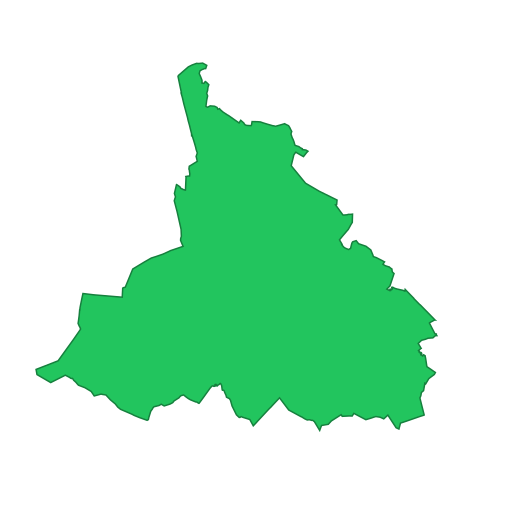 Mālpils pag., Malpils, Latvia, rotated 10°
{"feature_id": "27541924B96733922651524", "entity_name": "Mālpils pag.", "entity_type": "district", "adm_level": 2, "iso_a3": "LVA", "parent_name": "Latvia", "parent_adm1": "Malpils", "projection": "mercator", "projection_center": [24.972, 57.014], "detail": "fine", "context": "isolated", "style": "filled", "palette": "green", "viewbox_px": 512, "rotation_deg": 10, "n_neighbors": 0, "source": "geoboundaries", "source_scale": "gbopen_adm2", "svg_char_len": 5914}
<svg xmlns="http://www.w3.org/2000/svg" viewBox="0 0 512 512"><g transform="rotate(10 256 256)"><path d="M449.2,383.5L449.2,383.3L444.7,373.3L442.0,367.2L442.3,366.4L442.6,365.0L442.6,363.1L442.6,362.0L442.6,361.9L442.6,361.7L444.4,359.5L444.4,352.0L445.3,352.5L447.5,346.7L452.2,341.7L452.9,339.6L448.0,337.3L443.5,335.3L440.8,327.3L439.8,324.8L438.8,324.9L438.4,324.9L438.7,324.4L438.6,324.2L438.3,324.1L438.0,324.4L437.9,324.5L437.3,324.9L437.5,325.3L437.3,325.5L437.1,325.0L435.8,324.9L435.4,324.7L435.2,323.9L435.2,323.3L435.3,323.2L435.6,323.1L436.1,323.5L436.1,323.1L435.9,322.9L435.6,322.5L435.4,322.4L435.1,322.5L434.8,322.3L434.6,322.5L434.7,322.9L434.5,323.0L433.8,322.3L433.4,322.3L433.3,321.5L433.2,321.3L432.5,321.1L432.4,321.0L434.4,318.5L434.7,318.3L430.9,313.9L433.6,310.4L433.8,310.2L437.3,308.6L439.7,307.1L444.4,305.9L446.5,303.3L447.9,303.0L447.2,302.2L447.1,301.5L445.7,301.5L438.4,291.9L438.4,291.7L443.2,287.9L443.4,287.9L426.2,275.6L425.8,275.5L425.5,275.3L418.8,270.5L418.8,270.3L408.7,263.0L408.7,264.7L407.0,264.4L406.8,264.3L400.3,264.0L398.1,263.7L396.0,263.0L395.1,263.3L395.2,263.5L395.2,263.8L395.5,264.4L395.7,264.0L395.8,264.0L395.9,264.6L395.7,264.8L395.8,265.2L395.7,265.4L394.7,266.1L394.1,265.3L393.8,265.3L393.7,265.5L393.6,266.1L393.7,266.3L394.1,266.8L393.8,266.9L390.6,265.9L393.1,262.2L395.0,249.3L393.2,248.2L392.3,246.2L392.2,245.3L389.4,243.9L389.3,243.7L384.9,243.1L382.5,242.1L383.2,240.2L383.6,239.5L380.7,238.5L374.8,236.7L371.7,236.2L370.8,234.5L368.0,230.1L362.6,227.3L354.9,226.1L352.0,223.5L348.9,225.1L348.4,225.9L348.1,227.5L347.8,232.1L346.8,232.9L346.2,233.5L345.9,233.5L342.7,232.8L341.0,232.1L338.5,230.0L338.8,229.6L335.4,225.6L337.8,221.3L342.3,213.7L344.1,208.4L345.0,206.2L343.8,198.0L342.1,198.5L339.6,199.0L338.5,199.6L335.4,200.4L334.5,200.5L325.4,191.8L326.5,191.3L326.1,186.8L307.2,181.3L292.1,175.7L275.0,161.0L275.7,149.8L277.1,146.9L277.6,147.0L277.8,147.0L278.0,147.2L285.5,149.9L287.9,145.4L289.0,143.8L286.8,143.0L285.7,143.0L283.1,143.2L283.0,142.3L280.9,141.7L279.2,140.8L276.1,140.4L275.1,140.1L273.5,136.8L272.3,134.8L271.1,133.2L269.4,130.1L269.3,129.8L269.3,129.2L269.4,128.2L269.6,127.2L268.1,125.3L267.0,123.7L265.4,122.0L261.5,120.9L261.3,120.7L256.0,123.3L252.6,124.9L251.1,124.7L250.0,124.8L244.3,124.2L239.5,123.6L237.1,123.2L233.9,123.5L228.8,124.3L228.8,127.5L228.5,128.5L224.2,129.0L222.6,128.8L221.3,127.7L220.9,127.1L220.5,126.9L217.4,125.0L216.2,127.9L204.5,122.4L203.2,122.0L198.4,119.9L194.7,117.6L194.5,117.2L192.9,118.1L191.9,116.5L189.6,115.8L189.1,115.7L184.8,116.1L182.5,117.9L180.7,117.4L180.4,111.0L180.5,108.0L180.6,106.8L179.2,104.4L179.5,102.0L179.6,101.3L179.4,98.2L179.8,95.5L177.1,93.6L175.8,93.0L175.3,93.7L174.9,94.9L174.7,95.1L172.7,95.0L172.7,94.3L172.3,92.3L170.3,89.0L168.4,86.2L168.6,83.5L170.3,81.9L171.7,81.1L172.4,80.5L173.9,80.2L174.4,76.8L170.0,75.3L166.1,76.4L164.0,76.6L159.7,79.1L156.5,81.5L148.3,91.6L148.2,91.8L148.0,92.7L154.1,108.0L153.9,108.0L153.8,108.3L156.0,112.8L158.5,118.7L160.7,123.4L164.9,132.4L164.9,132.6L166.0,135.1L167.6,138.4L169.8,143.4L171.2,146.5L171.7,148.6L172.1,148.3L175.2,154.3L177.8,159.6L178.5,161.4L180.3,164.7L180.0,166.8L179.8,168.0L179.7,168.2L180.8,170.7L181.7,173.0L180.0,174.5L174.7,179.2L174.8,181.7L175.0,182.4L175.6,183.4L175.8,184.4L176.6,186.7L176.7,188.8L175.2,189.1L173.1,189.9L173.4,190.4L174.9,201.9L175.1,203.4L175.0,203.5L172.9,203.1L172.6,203.2L171.7,202.7L171.2,202.8L170.7,202.7L170.1,202.5L169.9,202.2L170.0,202.1L169.7,201.9L169.4,201.4L168.9,201.0L165.4,199.4L165.3,199.5L164.8,208.6L166.3,211.5L166.4,211.8L166.3,213.0L166.2,213.1L165.9,215.8L170.5,225.8L171.8,228.9L177.6,242.8L179.1,249.6L178.8,251.9L179.0,253.7L182.5,259.2L170.6,265.7L169.9,266.3L163.9,270.4L157.6,273.9L153.2,276.2L147.2,281.2L136.9,290.2L132.7,309.4L130.1,310.6L130.3,310.6L131.4,319.8L103.0,322.4L92.1,323.0L91.9,328.1L91.7,336.0L91.7,338.1L91.8,338.2L91.9,339.8L91.7,339.8L92.2,345.4L92.4,350.1L92.5,353.3L94.1,355.7L95.7,357.7L95.6,358.1L95.9,358.6L94.8,361.1L90.8,369.8L79.3,393.6L59.1,405.9L60.9,410.8L75.8,416.3L88.9,406.5L93.4,407.9L94.9,408.6L95.7,408.7L96.6,408.4L98.0,410.0L100.4,411.5L102.9,413.6L103.7,414.1L110.4,415.4L117.2,418.0L121.0,421.9L127.4,418.9L129.0,419.0L132.3,418.9L137.7,423.0L143.1,426.1L146.1,428.8L149.2,430.5L161.5,433.4L163.5,434.1L169.5,435.4L177.3,436.7L178.4,435.8L178.5,433.5L179.3,427.2L180.5,424.7L180.9,423.4L181.7,422.2L186.6,420.0L188.4,418.4L191.6,419.6L197.0,416.8L199.2,415.1L199.5,414.8L200.5,412.9L204.8,409.0L205.6,407.5L206.4,406.6L208.8,405.4L211.7,407.0L214.2,408.2L216.4,409.0L222.0,410.2L222.6,410.1L223.4,410.2L224.3,410.7L225.4,411.0L225.6,410.8L228.6,404.8L233.7,394.2L235.1,391.9L236.2,391.3L236.4,391.4L236.7,391.6L236.9,391.7L237.6,391.6L238.4,391.2L238.5,391.0L238.4,390.8L238.0,390.5L237.8,390.2L238.1,389.6L238.6,389.4L239.1,389.4L239.5,389.8L239.7,390.5L239.8,390.7L240.2,390.8L240.4,390.7L240.6,390.5L240.9,389.8L241.9,389.0L242.2,388.6L242.6,387.9L243.0,387.7L243.3,387.8L244.7,389.6L245.9,393.5L246.1,393.9L246.4,394.0L247.0,393.8L247.5,393.9L247.9,394.1L249.0,396.0L250.8,398.6L251.4,400.1L251.6,400.2L253.2,400.7L254.6,401.1L254.8,401.3L255.9,402.5L258.5,407.9L264.3,415.8L267.5,417.9L268.3,417.7L269.2,416.7L269.3,416.7L270.6,417.1L278.3,418.1L282.8,423.7L285.4,419.8L286.1,418.6L295.0,404.9L296.1,403.3L297.2,401.8L297.4,401.5L297.4,401.4L303.8,391.6L315.0,402.0L328.5,406.5L328.7,406.4L332.3,407.9L335.0,408.6L335.7,408.2L336.6,408.2L337.2,407.9L339.0,408.2L339.4,408.2L340.3,408.0L341.1,408.3L341.7,408.7L342.2,408.9L342.9,409.7L349.0,416.7L349.4,414.4L349.6,413.3L350.0,411.5L356.4,409.2L358.9,405.3L367.4,397.5L368.7,398.9L368.8,398.9L375.7,397.3L378.5,396.9L379.7,394.0L392.6,398.1L397.6,395.6L400.1,394.2L401.9,393.3L406.2,393.2L410.1,394.2L413.5,389.8L423.8,400.8L426.8,401.6L427.3,395.5L433.0,392.4L445.0,385.7L449.2,383.5Z" fill="#22c55e" stroke="#15803d" stroke-width="1.5"/></g></svg>